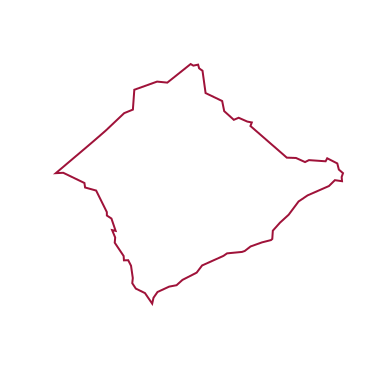 outline of Williamsburg, South Carolina, United States of America, rotated 25°
{"feature_id": "52423323B81362152802157", "entity_name": "Williamsburg", "entity_type": "district", "adm_level": 2, "iso_a3": "USA", "parent_name": "United States of America", "parent_adm1": "South Carolina", "projection": "albers", "projection_center": [-79.682, 33.598], "detail": "fine", "context": "isolated", "style": "outline", "palette": "rose", "viewbox_px": 384, "rotation_deg": 25, "n_neighbors": 0, "source": "geoboundaries", "source_scale": "gbopen_adm2", "svg_char_len": 1049}
<svg xmlns="http://www.w3.org/2000/svg" viewBox="0 0 384 384"><g transform="rotate(25 192 192)"><path d="M136.7,76.6L123.4,103.3L113.7,106.7L96.5,123.7L103.6,142.3L97.2,149.2L87.9,172.7L79.8,190.8L60.6,232.5L67.2,229.0L90.7,229.3L93.2,233.1L104.5,231.2L123.3,246.2L124.8,249.3L130.2,250.1L139.2,259.5L135.7,260.3L141.6,265.7L143.4,270.6L157.1,278.9L159.2,282.7L163.0,280.8L167.9,284.6L174.7,295.0L176.4,299.9L181.9,303.3L192.1,303.5L203.1,310.0L201.8,304.1L203.0,297.2L211.3,287.4L217.4,283.0L220.5,275.7L230.3,263.1L232.2,254.3L247.5,236.6L249.7,232.8L262.6,225.2L264.7,223.2L268.1,216.6L276.7,208.1L283.9,202.2L284.6,200.6L281.6,192.9L284.7,182.6L289.2,171.8L292.6,155.5L298.2,146.2L313.6,128.7L316.5,120.9L323.4,118.8L321.3,115.2L320.9,111.1L315.6,109.6L311.6,104.7L300.3,104.3L300.1,107.7L284.5,113.7L281.8,117.1L271.9,117.2L263.4,120.8L217.1,107.5L216.8,103.7L212.4,104.8L202.9,105.0L199.4,108.9L187.0,105.1L180.9,96.8L162.5,96.6L150.3,77.7L146.2,76.9L143.7,74.0L139.8,76.9L136.7,76.6Z" fill="none" stroke="#9f1239" stroke-width="2"/></g></svg>